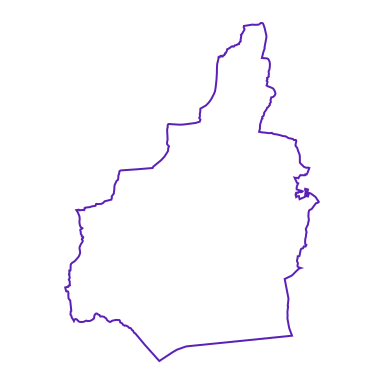 Sao Hai, Saraburi, Thailand (orthographic projection)
{"feature_id": "78962969B47603899438932", "entity_name": "Sao Hai", "entity_type": "district", "adm_level": 2, "iso_a3": "THA", "parent_name": "Thailand", "parent_adm1": "Saraburi", "projection": "orthographic", "projection_center": [100.84, 14.59], "detail": "fine", "context": "isolated", "style": "outline", "palette": "violet", "viewbox_px": 384, "rotation_deg": 0, "n_neighbors": 0, "source": "geoboundaries", "source_scale": "gbopen_adm2", "svg_char_len": 5893}
<svg xmlns="http://www.w3.org/2000/svg" viewBox="0 0 384 384"><path d="M82.6,241.6L80.7,244.5L79.6,247.1L79.5,248.4L80.1,251.7L80.1,252.8L79.9,253.8L79.1,255.8L78.4,257.0L75.1,260.8L74.3,261.5L72.5,262.6L71.6,263.3L71.1,263.9L70.7,264.8L70.5,270.3L70.2,270.7L69.3,270.6L69.4,273.7L69.4,273.9L69.0,274.0L68.9,274.2L69.5,276.1L69.7,278.2L68.8,279.6L69.4,280.7L69.8,282.0L69.7,283.1L69.8,284.6L70.0,285.3L69.7,285.5L68.9,285.5L68.4,285.8L68.3,286.1L68.4,286.7L68.2,286.9L66.5,287.1L65.2,287.4L65.2,287.5L66.2,291.3L66.5,291.4L67.7,291.3L68.1,291.7L68.5,293.5L68.3,294.2L68.5,298.3L69.3,299.6L70.1,300.2L70.2,300.5L71.3,310.9L70.8,311.3L70.7,311.5L70.5,314.4L70.5,314.7L71.3,315.6L71.8,317.8L72.7,318.8L73.9,321.1L74.4,320.0L75.0,319.3L75.6,319.0L76.6,319.3L78.8,321.5L79.9,321.9L81.6,322.0L83.7,321.8L86.1,320.7L86.7,320.7L87.5,321.1L90.0,320.9L90.8,320.6L92.1,319.9L93.8,318.6L94.1,318.2L94.2,316.8L94.6,315.0L95.7,313.8L96.1,313.5L96.5,313.5L97.1,313.6L98.2,314.6L99.5,315.0L100.3,316.5L101.7,316.4L104.1,316.8L105.2,317.8L106.3,318.5L106.7,319.6L107.1,320.1L108.0,320.9L109.9,322.0L110.5,321.9L112.0,320.8L115.4,320.0L116.9,319.9L119.4,320.1L119.8,320.6L120.3,322.5L121.2,322.8L122.4,323.6L122.8,324.6L124.6,325.7L125.8,325.5L126.3,325.7L128.0,326.6L129.2,327.9L130.2,328.0L131.1,328.5L132.0,330.1L133.0,330.6L134.0,332.6L135.3,333.4L144.7,344.7L159.3,361.0L172.2,352.5L176.9,349.7L185.6,346.6L187.3,346.3L292.0,335.7L289.6,329.2L289.2,327.9L288.8,326.1L287.4,318.3L287.6,315.9L287.4,311.9L288.1,306.5L287.7,306.1L288.5,298.7L284.7,279.0L291.7,275.6L293.0,274.5L295.5,271.9L298.9,268.7L300.0,268.2L300.7,268.0L298.5,267.3L297.6,266.5L297.5,265.5L297.9,263.5L297.8,262.8L297.0,261.2L297.1,259.8L297.6,258.1L297.7,256.3L298.9,256.2L299.4,256.0L299.5,255.7L300.6,250.1L301.0,249.1L301.4,248.7L303.0,248.3L303.2,248.0L303.6,246.8L304.0,246.3L304.4,246.3L305.0,246.6L305.6,246.5L306.4,244.9L305.3,244.1L305.2,243.8L305.1,241.4L305.3,238.9L306.0,236.1L306.1,233.7L306.6,232.5L306.6,232.0L306.0,230.3L305.8,228.8L306.6,227.4L307.0,226.3L307.8,224.9L308.1,223.7L308.3,221.9L308.7,221.2L308.8,218.8L308.3,216.0L308.5,215.4L308.5,213.1L309.1,210.5L309.5,210.0L311.6,209.1L315.9,203.3L316.4,203.1L317.6,202.9L317.9,202.4L318.6,202.2L318.8,201.9L318.2,200.8L317.1,199.5L316.3,198.0L315.3,196.8L311.1,193.7L309.7,193.1L308.7,192.9L308.6,194.5L308.0,196.5L306.7,196.2L307.0,194.2L307.4,193.1L307.3,192.3L308.0,189.5L305.2,188.8L305.1,190.0L305.9,191.4L305.3,193.5L305.3,194.6L304.9,196.9L299.6,199.2L298.9,196.1L297.7,196.2L296.2,197.1L295.9,195.5L295.6,195.2L295.7,194.6L296.1,194.3L295.8,193.6L296.2,192.7L298.0,192.8L298.2,192.2L299.7,191.9L300.7,192.2L301.7,192.1L302.6,191.3L301.6,190.8L299.6,190.4L298.4,190.0L297.8,189.7L296.7,189.4L296.6,188.3L296.8,186.5L298.2,183.3L297.0,182.8L294.6,177.7L295.4,177.9L297.6,177.9L298.4,178.2L299.0,177.0L300.4,175.1L301.3,175.3L301.7,175.2L305.0,175.3L305.2,175.2L305.3,174.4L306.6,174.5L307.6,172.6L309.3,168.0L308.2,167.6L306.4,167.8L304.0,166.9L300.3,163.2L299.9,162.7L299.8,156.3L299.6,154.7L298.1,150.9L297.2,147.9L295.8,146.2L295.5,145.5L295.7,143.8L296.3,141.3L295.9,140.0L295.5,139.9L294.0,140.1L293.1,139.2L292.6,138.9L288.5,138.1L285.8,136.4L282.7,136.0L279.9,135.1L276.2,134.3L274.1,134.1L272.1,133.3L271.9,132.9L268.8,133.2L267.3,132.9L261.6,132.3L259.1,131.8L259.9,128.9L260.0,125.5L260.3,123.9L261.8,119.0L262.5,118.5L262.2,117.4L262.3,116.7L263.5,115.9L264.1,114.1L264.1,112.9L264.3,112.5L266.3,109.7L267.2,107.6L268.2,107.2L269.0,105.8L269.9,105.0L269.7,103.8L270.5,102.7L270.9,101.9L270.5,100.6L271.2,97.4L272.4,97.2L273.4,96.7L274.2,96.0L274.8,95.3L275.4,93.9L275.4,93.1L274.6,90.8L273.3,88.7L272.0,87.9L267.7,86.2L266.6,85.5L267.5,82.0L267.4,81.4L266.7,80.9L266.7,80.4L267.5,79.1L267.0,78.2L267.0,77.9L268.6,76.9L268.8,76.5L268.6,75.0L268.9,73.9L268.6,71.3L268.8,70.7L269.3,69.9L269.5,69.1L269.8,67.0L269.9,64.8L269.8,62.9L269.4,61.3L268.9,60.1L268.0,58.9L267.0,58.4L261.9,58.0L263.3,52.3L264.7,48.2L264.5,47.5L266.4,37.5L266.4,35.7L264.8,28.7L264.1,26.3L263.2,24.0L262.8,23.3L262.3,23.1L260.9,23.0L258.9,24.5L258.1,24.7L254.8,24.8L252.3,24.6L243.9,26.0L243.7,27.4L244.5,29.1L244.5,29.6L242.7,32.6L242.3,33.6L241.8,33.9L241.4,34.6L241.0,34.8L241.3,35.5L241.1,36.1L241.0,38.0L240.6,39.4L240.7,40.1L240.5,40.7L240.7,41.3L240.4,41.7L239.8,42.0L239.2,43.1L238.8,43.5L238.9,44.1L237.5,44.3L237.0,44.8L236.3,45.0L235.9,45.3L234.7,45.4L233.8,46.6L233.0,46.6L232.4,46.3L231.9,46.6L231.3,46.6L230.0,47.8L229.1,48.2L228.9,48.6L227.2,49.2L226.8,51.0L226.1,52.3L226.0,52.8L225.1,53.2L224.8,53.9L224.9,54.4L224.3,54.8L224.2,55.2L223.2,55.5L222.7,56.5L222.1,56.6L221.2,55.8L220.6,55.9L220.3,56.0L219.7,57.3L218.9,57.4L218.6,57.2L218.1,60.5L217.5,62.5L217.1,64.8L216.9,70.1L216.9,72.3L216.5,79.6L215.7,87.0L215.0,91.3L214.1,93.6L211.4,98.9L209.8,101.2L208.2,103.2L205.9,105.5L200.4,108.6L200.2,112.1L199.8,114.0L199.9,115.1L199.9,116.6L199.2,117.9L200.4,119.6L199.7,121.7L195.4,123.0L183.7,124.5L179.7,124.7L168.6,124.0L168.3,124.1L167.7,125.2L167.7,127.2L167.1,129.6L167.6,139.5L167.0,142.6L167.2,144.4L169.0,146.4L168.3,147.8L168.0,151.0L167.6,151.7L164.5,156.6L160.9,160.4L153.3,166.6L152.6,168.0L136.9,169.3L121.1,170.4L120.1,170.7L119.5,171.2L119.0,174.2L118.4,175.3L118.3,177.0L118.3,177.7L118.1,179.4L117.9,179.9L116.6,180.9L114.7,184.9L114.4,186.5L114.3,189.7L113.9,192.0L113.9,193.4L111.7,196.4L111.9,197.6L111.4,199.6L104.7,201.3L102.9,203.1L101.5,203.8L98.6,204.1L96.3,203.9L95.9,204.2L95.6,205.7L95.4,205.8L91.4,206.5L90.0,207.1L85.5,207.6L85.2,208.2L84.6,208.2L84.2,210.1L82.2,210.0L79.3,210.3L79.0,209.8L78.8,209.7L76.3,210.1L77.9,212.5L79.4,216.1L79.7,218.8L79.4,222.3L79.8,224.7L80.4,226.6L80.7,227.0L82.4,228.2L81.5,229.0L80.4,229.5L80.3,230.6L80.7,231.5L80.8,233.9L81.7,235.2L81.8,236.4L82.8,236.6L83.2,237.2L83.1,237.9L81.9,238.9L81.8,239.2L81.9,239.5L82.6,240.3L82.8,240.8L82.6,241.6Z" fill="none" stroke="#5b21b6" stroke-width="2"/></svg>